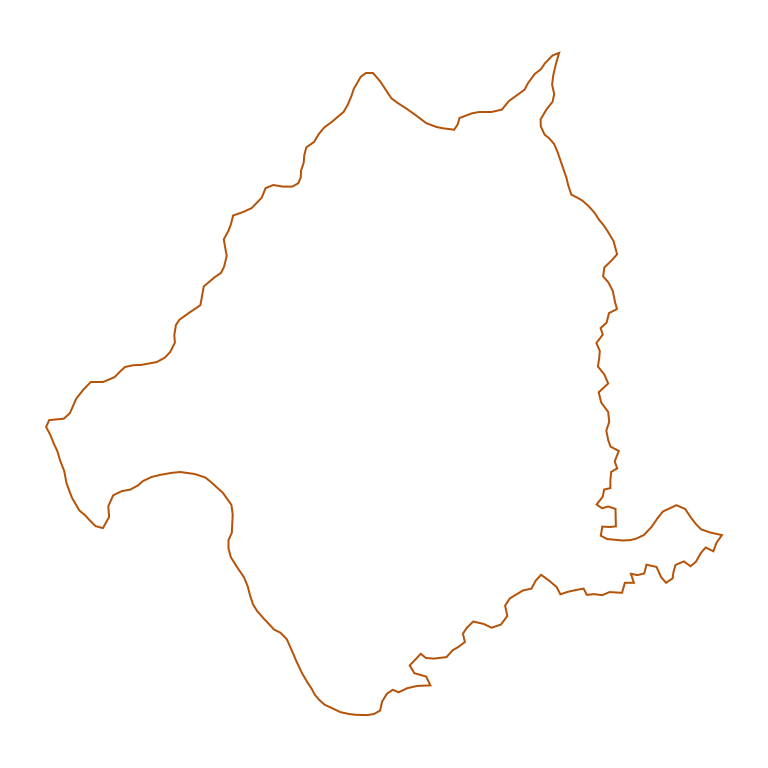 Borborema, São Paulo, Brazil
{"feature_id": "56859067B94148690757902", "entity_name": "Borborema", "entity_type": "district", "adm_level": 2, "iso_a3": "BRA", "parent_name": "Brazil", "parent_adm1": "São Paulo", "projection": "orthographic", "projection_center": [-49.058, -21.606], "detail": "fine", "context": "isolated", "style": "outline", "palette": "amber", "viewbox_px": 768, "rotation_deg": 0, "n_neighbors": 0, "source": "geoboundaries", "source_scale": "gbopen_adm2", "svg_char_len": 3520}
<svg xmlns="http://www.w3.org/2000/svg" viewBox="0 0 768 768"><path d="M721.9,535.1L710.6,532.6L701.2,529.4L696.3,524.5L690.9,517.6L685.2,509.0L676.5,505.2L663.0,511.4L657.7,518.0L651.4,527.1L643.9,535.0L636.5,538.5L630.4,540.1L622.7,540.5L606.9,539.0L600.8,535.7L602.3,526.6L609.7,527.0L615.9,526.4L615.5,508.9L608.1,506.5L602.1,508.3L596.6,504.5L602.7,496.8L604.2,489.5L610.4,488.1L610.4,479.9L611.2,471.9L617.2,468.4L614.7,461.4L618.8,451.0L610.5,446.6L608.2,440.1L606.3,430.6L609.2,422.0L608.2,412.0L601.2,402.5L598.7,392.3L608.2,383.5L604.4,374.6L597.9,366.5L599.2,358.2L599.8,351.0L596.4,343.0L602.8,334.6L600.6,328.1L606.6,322.6L609.0,313.1L617.0,309.0L615.2,302.8L612.8,291.0L608.4,282.4L603.1,276.4L604.4,267.4L611.5,260.5L617.1,254.3L613.6,241.2L607.8,231.5L603.3,224.8L599.2,220.0L594.5,212.7L588.3,205.8L582.2,200.5L576.8,197.4L571.3,194.6L568.1,184.9L566.5,178.0L563.5,169.3L560.3,160.0L557.8,152.7L554.2,144.1L549.4,138.5L544.6,134.6L540.8,126.4L540.6,119.4L546.4,109.6L552.6,101.7L554.2,94.1L552.1,84.5L553.3,75.1L555.9,64.0L559.1,52.9L552.6,55.4L544.9,63.3L541.0,69.1L534.6,74.1L528.1,83.0L524.6,89.6L517.4,94.9L508.8,101.1L501.9,109.6L491.4,112.0L479.2,112.0L472.0,113.3L459.5,118.0L457.8,124.2L454.2,129.7L443.6,128.4L436.5,127.0L426.3,123.2L417.1,116.2L406.6,108.7L397.3,102.7L391.4,98.3L385.6,89.6L380.4,81.7L373.0,73.0L366.0,73.0L360.7,76.8L357.6,82.3L353.9,88.6L351.4,96.1L347.5,105.3L343.4,112.2L338.2,116.4L332.7,121.2L324.3,127.4L318.9,133.9L314.1,141.9L306.3,147.4L304.3,155.1L303.7,162.7L301.0,170.8L300.8,177.3L298.3,183.2L292.4,186.6L282.8,186.6L273.4,185.0L265.6,188.1L261.7,197.7L251.6,208.1L242.4,212.3L233.1,215.5L230.9,224.4L228.3,231.1L223.8,239.3L225.3,248.3L226.7,255.9L224.1,266.7L221.0,272.9L214.8,277.1L203.8,286.4L202.3,294.5L200.4,305.2L188.5,313.2L179.3,319.8L175.9,325.1L174.3,335.3L174.9,342.6L170.3,351.9L164.9,357.6L156.6,362.1L148.2,363.6L141.3,364.9L133.3,365.2L125.0,367.0L119.8,371.8L114.6,377.1L103.0,382.0L90.8,382.0L83.4,389.6L76.3,398.6L69.9,413.1L63.8,418.7L49.2,420.1L46.1,427.0L50.2,434.6L54.1,444.3L57.4,451.2L59.7,459.3L64.2,471.0L66.5,483.2L71.9,497.6L79.3,510.4L85.1,515.3L89.7,520.3L95.5,526.1L102.9,528.1L109.1,517.0L108.3,506.2L113.2,495.3L121.8,491.1L130.0,489.7L137.9,485.5L142.8,481.1L151.8,476.9L161.1,474.7L171.4,472.9L180.2,472.0L194.6,474.0L205.3,477.5L210.8,481.9L223.0,493.0L231.4,504.9L232.7,514.5L231.8,532.8L228.5,540.1L228.5,548.5L230.8,557.1L236.0,565.5L244.0,577.3L247.8,586.6L250.0,595.2L253.0,604.3L257.2,611.1L263.6,618.4L269.5,624.6L274.0,629.5L280.4,632.7L286.8,639.2L293.8,655.1L296.5,661.5L302.0,673.1L307.8,683.0L311.7,688.8L314.8,694.7L319.1,699.8L324.6,704.7L340.6,712.2L349.5,714.1L355.7,714.8L367.0,715.1L374.0,714.0L380.1,710.6L382.1,701.6L387.0,693.6L392.8,689.8L398.6,692.3L407.5,688.1L417.5,685.9L430.4,685.4L426.2,676.6L414.4,673.2L409.7,665.5L414.2,660.7L420.8,653.8L425.9,658.0L433.9,658.6L446.5,657.1L452.6,650.3L458.4,646.9L464.9,642.0L462.9,633.7L466.8,627.8L473.2,621.5L483.5,623.9L491.6,627.7L500.9,624.6L507.3,616.0L505.1,605.6L509.8,598.4L522.9,590.5L531.5,588.6L535.7,580.6L541.1,574.8L549.2,580.7L556.6,587.0L560.4,594.3L567.9,591.8L574.6,590.3L583.6,588.6L586.9,594.9L593.9,594.1L602.1,595.2L609.5,592.1L622.0,592.8L624.9,582.8L633.9,582.8L630.9,573.8L637.4,575.1L644.2,573.5L646.5,564.7L656.5,566.9L661.0,576.9L666.0,582.8L672.6,578.4L673.5,572.0L675.5,564.9L683.9,561.4L690.5,566.2L696.0,561.7L700.8,553.0L705.7,547.5L713.4,551.3L716.4,542.9L721.9,535.1Z" fill="none" stroke="#b45309" stroke-width="2"/></svg>